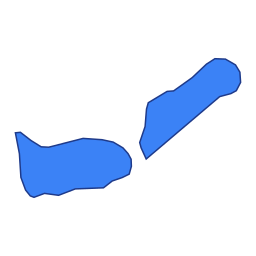 the district of Fananu, Federated States of Micronesia
{"feature_id": "79324940B62737064958651", "entity_name": "Fananu", "entity_type": "district", "adm_level": 2, "iso_a3": "FSM", "parent_name": "Federated States of Micronesia", "parent_adm1": "", "projection": "equal_earth", "projection_center": [151.912, 8.562], "detail": "fine", "context": "isolated", "style": "filled", "palette": "blue", "viewbox_px": 256, "rotation_deg": 0, "n_neighbors": 0, "source": "geoboundaries", "source_scale": "gbopen_adm2", "svg_char_len": 634}
<svg xmlns="http://www.w3.org/2000/svg" viewBox="0 0 256 256"><path d="M20.4,132.3L15.4,132.8L19.4,153.7L20.9,177.4L25.6,190.1L30.3,195.9L34.0,197.3L44.5,193.4L58.6,195.3L75.3,188.9L103.5,187.8L112.2,181.0L122.3,177.5L129.2,174.1L131.4,166.3L131.1,159.2L128.1,153.7L123.0,147.9L113.2,142.1L102.0,139.7L83.1,138.4L48.7,147.2L41.1,146.8L31.0,140.5L20.4,132.3ZM146.2,159.0L219.7,96.6L230.9,93.6L236.3,90.7L240.6,82.4L239.9,72.2L235.5,64.9L225.4,59.1L214.9,58.7L206.5,64.1L192.1,77.7L173.6,90.9L167.1,91.4L148.3,102.7L146.5,109.0L145.1,126.5L139.7,142.5L141.1,147.8L146.2,159.0Z" fill="#3b82f6" stroke="#1e3a8a" stroke-width="1.5"/></svg>